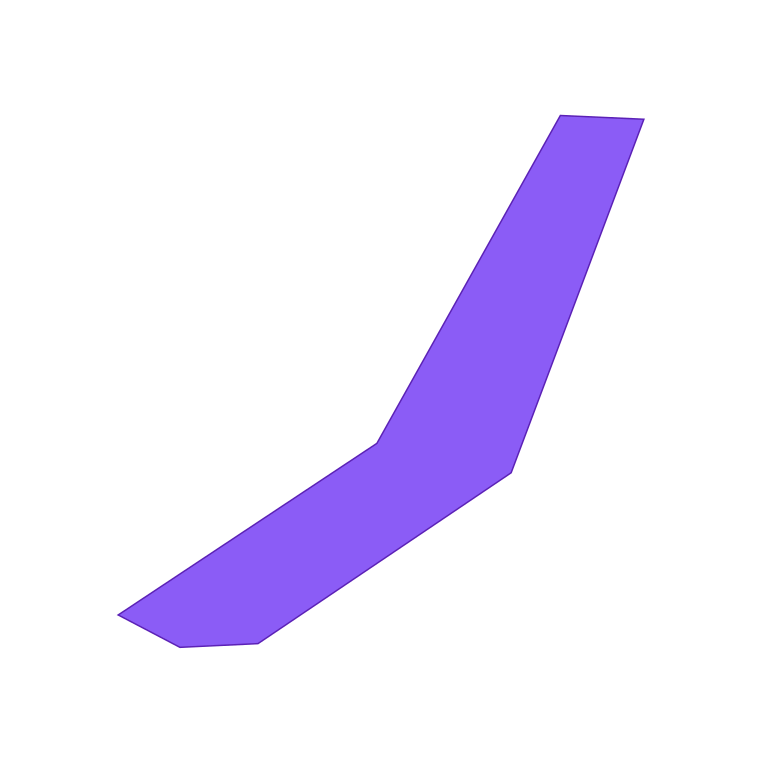 map outline of Bermuda (Albers equal-area conic projection), rotated 350°
{"feature_id": "BMU", "entity_name": "Bermuda", "entity_type": "country or territory", "adm_level": 0, "iso_a3": "BMU", "parent_name": "North America", "parent_adm1": "", "projection": "albers", "projection_center": [-64.765, 32.323], "detail": "fine", "context": "isolated", "style": "filled", "palette": "violet", "viewbox_px": 768, "rotation_deg": 350, "n_neighbors": 0, "source": "natural_earth", "source_scale": "50m", "svg_char_len": 266}
<svg xmlns="http://www.w3.org/2000/svg" viewBox="0 0 768 768"><g transform="rotate(350 384 384)"><path d="M493.8,493.5L214.8,617.8L137.3,607.9L82.1,565.3L366.7,441.2L604.3,150.2L685.9,168.4L493.8,493.5Z" fill="#8b5cf6" stroke="#5b21b6" stroke-width="1.5"/></g></svg>